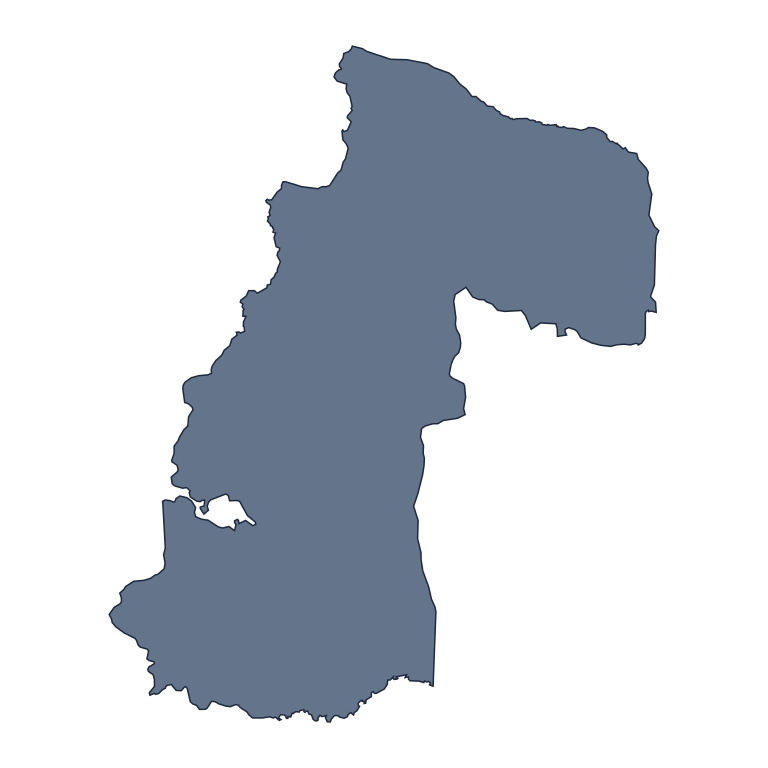 the district of Kaliua, Tabora, United Republic of Tanzania
{"feature_id": "72390352B29601163251764", "entity_name": "Kaliua", "entity_type": "district", "adm_level": 2, "iso_a3": "TZA", "parent_name": "United Republic of Tanzania", "parent_adm1": "Tabora", "projection": "albers", "projection_center": [31.783, -4.945], "detail": "fine", "context": "isolated", "style": "filled", "palette": "slate", "viewbox_px": 768, "rotation_deg": 0, "n_neighbors": 0, "source": "geoboundaries", "source_scale": "gbopen_adm2", "svg_char_len": 6091}
<svg xmlns="http://www.w3.org/2000/svg" viewBox="0 0 768 768"><path d="M268.6,200.1L267.2,199.2L265.8,200.7L266.4,202.3L270.3,205.0L270.7,207.4L269.1,212.2L270.1,215.5L267.7,216.9L268.4,218.4L267.5,221.1L270.3,224.1L270.4,225.6L272.9,226.9L272.5,227.8L273.7,229.4L273.0,232.2L275.6,233.0L274.0,237.8L276.2,246.7L279.7,248.1L279.4,250.7L278.0,251.8L277.1,255.4L280.4,261.8L277.3,269.4L277.3,271.9L275.5,273.4L274.3,276.7L271.1,279.8L270.5,284.2L267.2,285.1L267.0,287.7L257.3,293.2L254.4,290.6L248.6,290.7L246.2,296.1L240.8,300.2L240.3,302.2L242.9,304.1L242.1,306.6L244.0,309.5L243.1,310.4L242.9,316.3L246.0,316.3L243.5,321.9L243.3,326.1L244.2,327.3L244.6,331.4L240.5,333.0L239.1,332.0L236.3,332.2L237.1,335.1L231.8,339.2L229.8,345.7L224.2,350.2L221.8,355.2L215.9,360.5L212.4,365.7L211.2,369.4L211.6,373.0L208.3,374.8L198.7,375.7L191.2,377.8L185.0,382.2L183.1,385.4L182.8,388.6L184.7,402.5L188.6,403.9L192.2,407.2L193.0,409.8L188.6,416.7L187.8,425.9L183.8,429.8L179.4,437.2L178.2,440.6L174.1,446.2L174.1,453.5L171.7,460.4L171.9,461.8L177.0,465.2L178.0,468.8L177.8,471.4L171.2,477.1L172.2,483.7L174.7,485.9L182.7,488.2L186.6,487.6L190.2,490.8L189.2,492.5L190.3,497.0L196.8,501.2L200.3,501.7L202.0,500.4L204.7,500.1L204.1,505.8L200.3,507.1L200.2,508.4L203.9,514.1L208.4,510.3L207.2,506.2L208.5,502.4L210.6,499.9L225.8,494.0L228.3,495.5L229.6,500.8L236.8,500.5L239.6,501.3L247.5,515.7L255.3,522.0L255.8,524.5L252.7,525.6L245.5,520.4L238.9,523.7L238.5,520.3L237.4,519.4L234.6,520.8L234.5,522.2L236.0,525.0L234.5,530.6L228.9,526.5L222.7,528.0L218.5,527.0L208.1,520.2L201.5,519.2L195.7,516.7L194.4,512.5L195.6,507.6L191.6,501.1L186.9,497.7L179.8,496.0L176.0,498.6L175.0,501.3L173.7,502.1L170.0,500.6L165.2,500.0L162.7,501.2L165.3,548.1L163.6,554.8L165.1,563.0L164.2,568.7L158.0,574.2L155.1,575.1L150.3,578.4L144.1,580.3L133.7,581.3L125.6,586.5L124.3,589.0L119.8,593.1L121.3,597.6L121.5,601.5L119.9,603.9L114.2,607.3L109.2,614.5L111.5,619.0L112.2,622.5L115.8,626.8L124.1,632.9L134.9,638.3L136.3,640.0L138.2,645.1L140.2,647.1L147.2,649.1L148.6,651.2L146.9,658.8L149.1,660.5L154.0,661.8L154.3,663.7L148.8,667.0L147.8,669.6L148.4,671.4L153.1,674.7L154.4,679.5L154.5,686.4L149.3,692.7L149.9,695.2L154.4,693.3L155.3,694.3L158.6,693.6L162.5,689.7L165.4,688.2L165.7,686.6L167.2,685.4L171.3,684.5L176.1,690.4L181.3,690.7L183.7,687.8L185.2,686.7L186.1,687.1L187.2,688.3L190.3,701.7L192.9,704.0L196.6,705.4L199.4,709.4L205.2,709.3L207.0,708.3L211.6,701.3L215.3,701.8L218.9,703.9L225.5,706.0L230.4,706.7L235.6,704.6L238.2,705.1L240.3,707.6L246.9,711.9L249.1,715.0L252.5,717.9L262.7,717.9L269.8,716.8L273.2,718.0L275.4,717.1L279.2,720.4L281.0,719.6L278.4,717.8L280.7,714.7L284.0,714.9L285.7,716.0L286.4,718.4L287.8,718.4L288.0,716.6L290.7,717.0L292.2,713.1L293.2,713.5L295.8,711.6L299.2,712.1L300.0,710.6L303.1,709.8L304.0,709.9L303.9,711.6L305.0,712.4L306.1,711.2L307.7,711.1L308.9,714.0L311.5,714.8L313.1,719.3L315.0,720.7L316.8,720.9L318.2,719.9L317.8,718.1L320.0,715.3L321.8,716.6L326.3,715.6L325.4,717.6L327.3,721.8L330.3,721.9L331.4,719.1L334.4,715.6L337.7,715.6L339.9,717.2L344.2,718.2L347.5,716.6L347.9,714.9L350.6,712.6L353.6,715.0L354.2,712.6L356.9,710.8L359.6,706.3L358.5,705.7L358.1,703.3L360.5,700.8L362.4,700.5L362.2,701.4L364.4,701.5L364.1,703.5L365.6,703.3L366.2,699.9L371.4,696.5L371.4,692.6L373.3,691.6L374.4,693.4L376.4,693.3L384.2,689.1L387.2,684.6L387.8,680.0L390.2,680.0L393.1,677.0L392.8,678.4L394.2,679.4L396.9,679.1L397.9,678.4L396.1,676.9L406.5,674.7L405.1,677.6L408.3,676.9L408.6,679.3L410.0,680.8L418.9,681.1L423.8,682.6L424.5,681.0L426.6,682.0L428.5,681.4L430.5,683.0L429.5,684.9L433.1,686.2L435.9,611.6L434.9,606.8L431.4,599.0L428.8,587.4L422.8,570.9L421.0,559.1L421.0,552.6L417.6,538.8L418.1,520.5L413.6,506.2L417.9,493.6L422.6,474.8L424.0,465.7L424.4,458.5L423.2,453.2L423.5,445.6L420.5,437.4L421.6,428.6L425.2,426.0L432.7,423.8L437.9,423.7L443.2,420.5L457.5,418.3L465.1,414.6L463.6,408.6L465.6,397.3L464.6,386.0L463.6,383.6L452.8,378.3L450.1,376.1L449.3,374.0L451.2,364.2L452.8,360.1L454.7,356.4L458.6,352.8L460.4,347.1L460.7,342.6L459.5,335.0L456.3,329.0L455.4,324.4L455.9,317.8L453.7,301.0L455.2,294.5L466.0,287.3L472.7,297.0L478.8,299.5L484.4,299.8L486.2,301.8L492.2,304.1L497.7,310.3L504.7,311.4L521.4,310.5L525.4,315.6L531.2,329.3L540.7,322.9L555.9,323.8L557.3,328.8L557.4,336.4L566.6,335.0L565.0,331.6L565.1,329.2L568.8,327.6L574.9,329.7L577.4,331.7L580.8,337.8L591.6,342.9L600.8,345.3L610.7,346.4L617.2,344.7L624.4,344.2L630.4,344.9L636.1,343.3L637.8,343.9L638.2,345.0L641.7,343.0L644.5,338.8L645.3,334.8L645.4,313.4L646.2,311.5L648.3,310.2L648.7,311.6L651.1,311.0L656.2,312.4L655.5,302.0L650.8,297.2L650.6,296.1L654.4,284.9L655.5,244.8L656.4,236.3L658.8,230.7L654.6,226.7L648.9,215.1L651.8,194.0L648.1,182.6L647.5,178.1L648.3,172.3L646.2,168.2L638.3,159.4L636.7,153.5L628.4,152.1L625.3,147.7L623.1,148.9L616.9,143.2L616.4,143.8L612.3,141.4L610.2,141.6L606.7,137.4L606.7,134.8L602.7,131.4L594.6,127.9L588.4,127.5L586.1,129.0L581.0,130.3L574.0,128.5L567.2,128.3L563.6,126.6L561.5,127.5L558.1,126.9L557.7,126.0L556.8,126.5L556.2,124.6L550.3,125.3L547.9,124.5L546.8,125.2L542.0,124.4L541.9,123.1L539.3,121.8L535.8,122.1L535.1,120.8L532.3,120.1L530.4,120.5L527.1,118.5L516.6,118.7L514.0,119.4L512.7,119.4L512.1,118.4L510.6,118.8L508.3,116.8L502.7,115.4L499.8,113.2L499.6,111.9L496.3,110.4L493.2,106.8L487.3,106.0L483.6,101.9L481.2,101.2L475.9,96.5L472.1,96.6L466.1,88.9L459.9,84.1L453.9,76.7L449.1,73.1L433.8,67.6L427.6,63.7L407.0,59.7L390.6,59.3L366.8,51.4L362.5,48.7L352.3,46.1L351.4,48.7L348.8,51.5L343.7,53.6L343.1,58.0L339.3,63.9L339.6,66.6L341.4,68.4L341.2,69.4L339.0,69.7L335.5,72.9L334.0,77.0L337.3,81.2L346.7,84.1L346.1,88.6L347.1,92.6L350.0,96.5L352.1,106.5L351.1,108.3L352.2,110.4L347.5,116.0L347.2,117.7L351.1,121.6L350.9,122.6L347.4,130.2L344.0,131.6L342.7,129.9L342.0,131.1L342.8,139.7L346.2,143.8L348.2,148.1L345.4,159.0L343.1,162.3L341.0,170.2L337.8,172.8L329.7,185.5L326.2,186.7L322.1,186.7L317.9,188.7L301.8,186.7L285.5,181.7L283.0,181.8L281.5,185.2L281.5,188.6L277.2,192.0L271.7,199.8L268.6,200.1Z" fill="#64748b" stroke="#1e293b" stroke-width="1.5"/></svg>